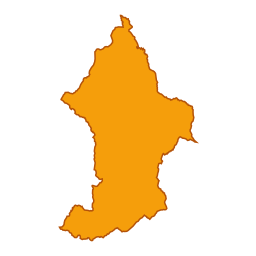 Sigchos, Cotopaxi, Ecuador
{"feature_id": "8360857B12215357040494", "entity_name": "Sigchos", "entity_type": "district", "adm_level": 2, "iso_a3": "ECU", "parent_name": "Ecuador", "parent_adm1": "Cotopaxi", "projection": "natural_earth1", "projection_center": [-78.944, -0.614], "detail": "fine", "context": "isolated", "style": "filled", "palette": "amber", "viewbox_px": 256, "rotation_deg": 0, "n_neighbors": 0, "source": "geoboundaries", "source_scale": "gbopen_adm2", "svg_char_len": 5754}
<svg xmlns="http://www.w3.org/2000/svg" viewBox="0 0 256 256"><path d="M59.5,227.2L60.6,229.1L62.1,229.3L63.0,230.2L63.8,230.1L65.5,230.6L66.3,230.3L67.7,230.4L68.8,230.9L69.7,232.6L71.1,233.1L71.8,234.2L72.0,235.3L72.9,235.7L74.7,237.5L76.3,237.6L77.2,236.9L78.1,235.4L79.4,235.2L79.9,235.5L80.2,236.2L80.4,237.3L80.2,238.3L82.2,239.5L83.8,239.0L85.0,239.1L87.3,238.7L87.6,237.9L88.3,237.7L89.3,238.2L89.4,238.8L90.4,240.0L91.4,240.6L92.1,240.6L92.7,240.3L92.8,239.6L93.3,238.9L94.2,238.6L95.9,237.3L97.2,236.8L98.7,236.7L99.6,237.2L99.8,237.0L100.4,237.1L100.7,236.6L101.4,236.6L102.4,237.4L103.4,237.6L104.6,235.9L106.4,235.4L107.4,233.9L108.3,234.1L108.8,233.8L109.9,232.3L110.9,231.7L111.9,231.5L114.6,229.5L115.3,228.5L116.5,228.4L117.1,227.8L117.4,228.1L118.0,228.2L118.3,228.8L120.8,230.5L122.0,231.8L123.3,231.3L124.7,231.5L126.8,231.3L128.1,230.5L133.1,226.1L136.4,222.0L138.1,221.3L139.1,219.9L140.4,218.5L142.1,217.7L144.3,215.2L144.7,215.7L145.6,216.0L146.8,216.9L146.7,217.2L147.3,217.7L148.2,218.2L148.6,218.2L149.8,219.3L152.0,216.7L153.7,216.2L154.6,215.5L155.5,213.7L156.4,212.9L157.1,211.4L160.9,209.9L162.6,209.9L163.6,209.5L164.9,209.8L166.0,209.5L166.8,208.5L166.4,206.8L164.9,203.5L164.6,202.2L164.9,201.1L166.1,198.8L165.6,195.7L164.6,194.4L164.4,193.0L163.0,192.6L162.7,191.4L161.2,190.7L160.7,189.0L159.3,188.5L158.4,187.5L157.7,185.6L158.5,181.9L159.0,180.9L158.6,180.8L158.3,179.8L156.5,177.4L157.3,175.9L157.8,172.9L158.3,171.6L158.6,169.0L157.7,167.7L158.8,163.6L160.3,163.2L161.3,163.7L161.9,162.6L161.8,162.1L162.5,161.3L162.4,160.9L161.5,160.3L161.2,158.7L162.8,154.1L163.6,153.6L164.3,154.7L164.7,154.9L165.0,154.4L166.0,154.2L166.4,153.7L167.1,154.0L167.6,153.5L167.5,152.9L168.3,152.7L168.9,151.9L169.9,151.7L170.4,150.8L171.4,150.9L172.3,149.7L172.7,150.0L173.1,149.9L173.3,148.9L174.3,147.5L174.4,146.3L175.0,145.2L175.8,144.9L176.6,143.8L176.9,142.5L177.6,141.6L178.0,139.3L179.1,137.5L180.2,136.8L182.7,138.2L183.9,138.3L185.8,138.8L187.6,140.4L188.9,140.2L190.1,139.3L193.5,140.9L194.7,141.9L196.5,142.2L194.2,140.2L193.1,138.3L191.6,136.4L191.8,134.4L190.1,131.1L190.2,129.6L190.8,128.6L191.5,125.7L191.1,125.1L191.1,124.0L191.8,122.2L193.0,121.1L193.8,117.5L193.2,115.1L193.0,111.8L193.1,109.8L192.3,108.7L192.5,107.4L192.1,106.4L191.4,106.1L190.6,106.2L190.1,105.6L189.3,105.3L188.3,105.3L187.9,104.2L187.0,104.0L186.0,102.6L185.5,102.6L185.2,102.0L184.5,101.5L183.2,101.5L181.0,100.2L179.4,100.7L178.6,99.6L177.7,99.7L177.4,98.8L176.6,97.9L175.7,98.1L175.0,98.8L173.8,98.5L172.3,99.6L171.3,99.9L170.9,99.6L170.5,99.9L170.2,99.2L167.5,98.5L166.9,98.0L166.3,97.0L164.9,97.3L161.4,94.1L160.4,94.0L158.0,92.4L157.2,91.0L157.4,89.2L157.2,88.3L157.4,87.8L157.2,87.0L156.9,86.5L157.2,85.2L156.7,84.0L157.6,82.5L156.4,80.2L155.5,73.4L154.2,71.6L153.6,71.4L153.2,70.9L152.4,70.7L150.0,69.4L149.5,68.7L148.5,65.4L148.7,64.8L148.6,63.8L147.5,62.0L147.5,59.6L146.9,58.9L147.0,58.0L147.6,56.8L147.5,56.2L146.7,54.4L146.1,54.3L145.5,54.5L145.0,53.3L144.5,53.4L144.2,52.2L144.8,51.4L144.7,49.9L144.4,49.6L143.7,49.7L143.2,48.4L142.8,48.6L142.5,49.5L141.4,48.0L140.7,49.0L139.7,47.8L138.6,47.9L137.8,48.5L136.9,47.8L136.8,47.0L138.1,47.1L138.3,46.4L137.4,43.5L135.6,40.2L134.6,39.3L134.8,37.3L134.3,36.7L133.3,36.3L130.9,32.8L129.8,31.7L129.0,31.4L128.9,29.8L132.1,27.4L132.2,26.5L129.7,24.2L129.3,22.4L129.5,21.4L128.4,19.9L128.2,18.8L126.7,19.0L125.6,17.6L123.1,17.4L122.6,16.3L121.0,15.4L120.5,15.4L120.5,15.9L121.3,17.8L121.1,18.3L121.5,18.7L121.5,20.4L122.8,21.8L122.4,22.5L122.8,22.8L122.4,23.4L122.5,24.5L123.1,25.7L122.9,26.5L123.1,27.1L118.3,26.9L116.8,27.4L115.7,27.4L115.3,27.6L114.7,29.4L113.1,30.6L110.9,35.6L112.6,40.3L112.5,42.7L111.6,43.4L111.1,44.5L108.0,46.8L106.0,46.6L104.7,47.0L103.2,48.7L101.5,49.5L100.2,49.8L99.6,49.6L98.8,49.0L97.2,49.0L96.5,49.5L95.5,51.3L94.9,51.8L95.1,58.8L94.7,61.8L93.5,65.1L91.5,67.5L89.5,71.0L89.2,73.2L89.3,73.8L89.8,74.3L88.7,76.4L87.1,76.8L86.7,77.7L86.4,77.9L85.3,77.7L84.1,78.1L83.4,79.2L83.3,80.9L81.8,82.8L80.7,84.6L79.4,88.0L77.9,89.4L77.0,90.8L76.0,90.9L75.0,92.5L73.8,92.9L73.5,93.4L72.4,93.8L71.1,93.4L70.3,93.4L68.2,92.3L65.2,92.5L64.7,93.8L63.3,95.2L63.2,95.7L61.2,99.1L61.1,99.6L63.1,100.8L64.8,102.9L66.8,103.4L69.6,105.4L69.8,107.6L70.7,108.9L71.5,109.4L71.9,108.6L72.8,108.7L74.5,109.8L74.5,110.5L75.1,111.1L75.3,112.5L74.9,113.1L75.4,113.6L76.6,114.6L78.5,114.9L78.9,115.6L79.2,115.7L80.1,116.8L81.0,116.5L82.8,117.4L83.8,117.3L84.1,117.8L85.0,118.0L85.0,118.7L85.6,119.1L86.2,121.5L87.1,121.7L87.5,122.3L87.9,122.2L88.8,123.9L88.8,124.9L90.5,126.9L90.7,127.7L91.3,128.2L90.9,129.9L91.3,130.2L91.3,130.9L92.3,131.8L92.8,131.6L93.0,132.6L93.7,132.7L94.4,133.4L94.9,135.0L93.0,137.4L94.2,138.3L94.6,139.6L94.6,141.4L95.3,141.8L95.7,143.1L95.5,143.6L95.8,144.4L95.4,146.0L94.9,146.9L94.4,150.5L94.4,151.6L95.0,153.3L94.3,155.3L94.7,158.1L94.1,158.9L95.2,162.8L94.2,169.7L95.5,170.2L96.0,171.4L96.3,173.5L96.0,174.0L95.7,175.2L96.1,176.0L98.5,177.9L99.1,179.0L100.3,179.4L102.2,178.9L102.3,180.9L101.0,182.7L100.2,182.6L99.7,183.0L99.1,184.0L97.3,186.2L95.8,186.4L93.0,185.5L92.3,185.5L92.1,185.8L92.2,186.4L93.2,188.0L93.3,189.0L92.7,189.7L92.5,193.5L93.0,195.1L92.7,197.1L93.8,200.4L93.6,202.1L93.3,202.7L92.6,203.3L92.4,204.2L92.3,207.4L93.1,208.3L92.9,210.4L91.8,210.9L90.8,210.6L89.9,211.0L87.8,210.4L84.9,210.1L84.3,209.9L83.6,209.0L82.2,207.1L82.1,206.4L81.0,206.6L80.3,205.8L78.9,205.3L78.0,205.5L77.6,206.0L75.3,205.2L74.4,205.9L74.2,206.7L73.4,207.2L73.3,207.7L72.7,207.6L72.3,208.1L72.7,209.0L72.5,209.6L71.9,210.5L71.2,210.3L70.9,210.8L71.2,211.5L70.7,211.8L69.4,213.5L69.7,214.4L69.4,215.8L68.3,216.3L67.1,216.2L66.3,218.1L64.8,220.3L64.2,222.9L64.1,224.3L63.4,225.6L61.9,227.0L59.5,227.2Z" fill="#f59e0b" stroke="#b45309" stroke-width="1.5"/></svg>